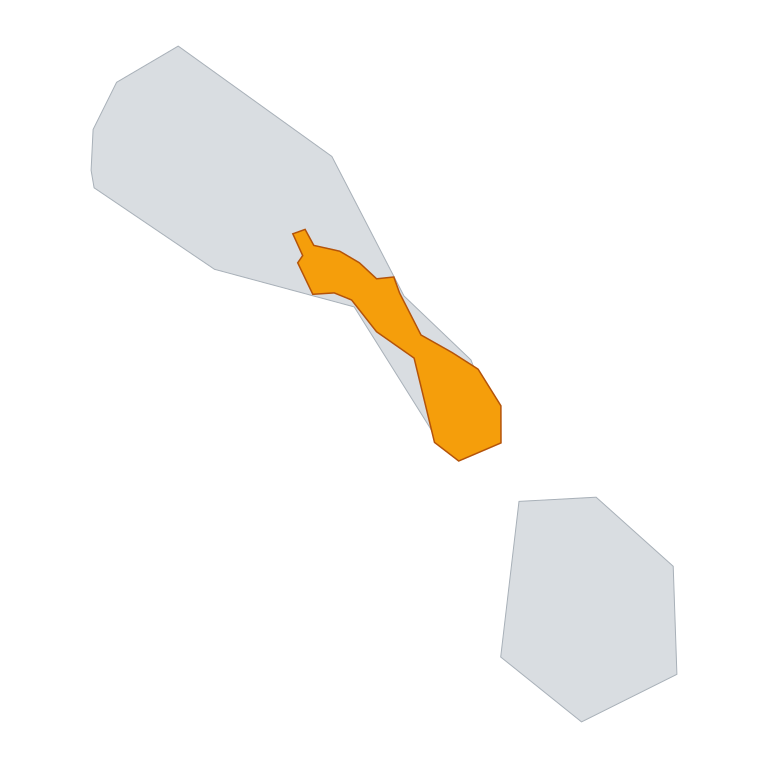 location of Saint George Basseterre within Saint Kitts and Nevis
{"feature_id": "KNA-5101", "entity_name": "Saint George Basseterre", "entity_type": "Parish", "adm_level": 1, "iso_a3": "KNA", "parent_name": "Saint Kitts and Nevis", "parent_adm1": "", "projection": "natural_earth1", "projection_center": [-62.687, 17.269], "detail": "fine", "context": "in_parent", "style": "filled", "palette": "amber", "viewbox_px": 768, "rotation_deg": 0, "n_neighbors": 0, "source": "natural_earth", "source_scale": "10m", "svg_char_len": 706}
<svg xmlns="http://www.w3.org/2000/svg" viewBox="0 0 768 768"><path d="M489.8,410.0L440.7,444.8L354.2,306.9L214.5,269.3L94.1,187.8L91.1,170.3L93.1,129.5L116.6,82.3L178.2,46.1L331.9,156.5L404.0,296.0L471.0,360.0L489.8,410.0ZM676.9,674.3L581.5,721.9L500.7,657.0L519.0,501.4L596.1,497.2L673.2,566.3L676.9,674.3Z" fill="#d9dde1" stroke="#a8b0b8" stroke-width="1"/><path d="M393.8,277.0L399.6,293.1L421.0,335.0L452.2,352.6L478.1,369.2L500.9,405.8L501.0,442.9L458.7,461.0L434.5,442.4L414.1,358.1L376.5,331.7L351.6,300.0L334.2,292.9L312.8,294.3L297.7,262.8L302.7,255.6L292.8,233.8L305.1,229.4L313.8,245.4L339.7,251.2L359.4,262.8L376.6,278.8L393.8,277.0Z" fill="#f59e0b" stroke="#b45309" stroke-width="1.5"/></svg>